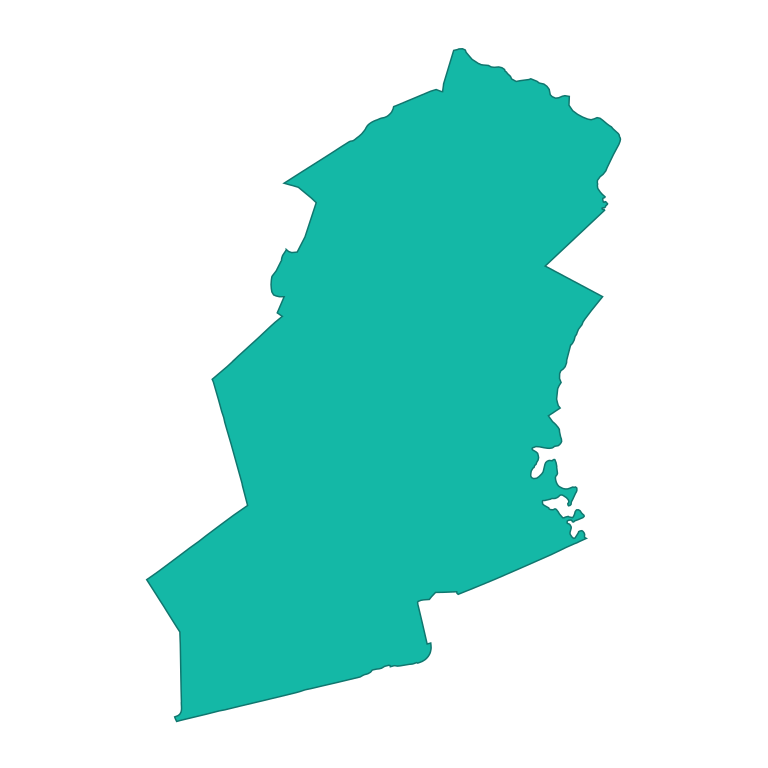 Vladeni, Dâmbovita, Romania, rotated 179°
{"feature_id": "2599482B82955603799790", "entity_name": "Vladeni", "entity_type": "district", "adm_level": 2, "iso_a3": "ROU", "parent_name": "Romania", "parent_adm1": "Dâmbovita", "projection": "orthographic", "projection_center": [25.776, 44.875], "detail": "fine", "context": "isolated", "style": "filled", "palette": "teal", "viewbox_px": 768, "rotation_deg": 179, "n_neighbors": 0, "source": "geoboundaries", "source_scale": "gbopen_adm2", "svg_char_len": 6123}
<svg xmlns="http://www.w3.org/2000/svg" viewBox="0 0 768 768"><g transform="rotate(179 384 384)"><path d="M308.5,716.3L319.2,683.0L319.3,681.9L320.3,675.3L321.8,675.5L326.7,677.5L332.3,675.9L351.8,668.1L353.1,667.6L367.9,661.7L368.7,661.5L369.4,661.2L369.6,660.9L370.0,659.1L371.6,655.8L372.8,654.4L375.0,652.4L376.5,651.4L379.0,650.4L381.8,649.9L383.2,649.5L386.0,648.3L387.3,647.9L389.6,647.0L392.0,645.8L394.2,644.3L395.2,643.5L396.3,642.3L397.6,640.3L398.3,638.9L399.3,637.6L401.9,634.5L404.8,632.0L406.5,630.8L409.0,628.8L410.1,628.1L411.3,627.6L412.9,627.4L413.7,627.2L414.8,626.7L423.2,621.6L434.6,614.5L462.5,597.5L480.4,586.5L473.8,584.5L471.5,583.9L470.7,583.6L466.5,582.3L465.8,581.9L465.2,581.3L453.3,571.1L448.6,566.5L460.4,532.5L468.5,517.4L474.0,517.0L477.0,518.1L479.4,520.2L479.4,519.7L483.1,514.3L483.9,512.1L484.3,510.4L484.2,509.5L485.1,508.0L489.8,499.0L493.8,494.0L494.3,493.0L494.8,490.0L495.2,485.4L495.0,481.4L494.5,478.0L492.8,475.0L490.3,473.9L487.1,473.1L482.3,473.0L489.5,457.0L484.5,453.4L491.7,447.7L491.6,447.8L496.3,443.7L509.2,432.0L528.8,414.8L533.8,410.3L533.6,410.3L540.7,404.0L555.7,391.7L554.6,389.1L549.7,371.0L546.7,359.2L544.8,353.2L543.9,348.6L542.3,342.6L537.8,326.2L527.7,287.2L527.3,284.8L522.5,264.9L536.4,255.6L549.6,246.2L564.4,235.5L571.8,229.9L581.2,223.4L588.2,218.3L612.0,201.1L618.1,196.9L624.7,192.5L615.7,177.9L611.8,171.5L607.7,164.9L605.9,161.8L595.7,144.9L592.4,139.6L592.4,137.7L592.2,127.2L592.2,123.4L592.2,91.6L592.2,91.3L592.2,90.3L592.2,82.1L592.1,69.4L592.2,69.2L592.2,67.6L592.1,64.8L592.1,62.6L592.3,61.1L592.6,59.8L593.4,58.2L594.2,57.2L595.1,56.5L596.0,55.9L599.1,54.8L598.5,53.0L597.2,50.2L592.9,51.3L587.1,52.6L566.8,57.1L554.6,60.0L548.8,61.0L533.8,64.4L510.5,69.5L477.5,76.9L473.3,78.0L468.6,79.5L466.8,79.9L462.4,80.7L451.5,83.1L442.1,85.1L440.2,85.5L436.0,86.4L413.0,91.5L410.1,93.1L408.4,93.8L406.6,94.2L405.2,94.6L404.4,95.0L402.5,96.1L401.5,97.2L401.2,97.7L400.8,98.1L400.4,98.3L396.3,99.1L393.9,99.3L391.4,99.9L388.3,101.7L384.1,102.7L382.8,102.4L382.6,101.2L378.8,102.2L377.5,102.1L375.5,101.7L372.9,101.9L363.5,103.3L360.6,103.5L359.0,103.9L356.3,104.9L355.5,104.4L355.0,104.4L352.6,105.2L350.5,106.0L349.0,106.9L347.4,107.9L345.8,109.4L344.5,110.9L343.4,112.6L342.5,114.4L342.1,115.9L341.7,117.7L341.5,119.3L341.6,122.1L341.8,124.2L345.4,123.3L349.6,143.1L353.5,160.9L354.0,162.9L354.2,165.2L353.7,166.0L350.8,167.1L348.1,167.5L342.4,167.8L340.3,170.4L336.1,174.7L335.8,174.7L328.6,174.7L314.9,175.0L314.7,173.5L313.5,172.4L294.8,179.6L276.5,186.8L251.6,197.1L219.1,210.8L204.8,217.4L196.3,221.0L194.0,221.8L191.1,223.2L184.4,226.1L185.5,226.7L186.1,227.1L186.2,228.1L186.0,230.1L186.5,231.6L187.6,233.1L188.7,233.9L190.6,233.6L191.9,233.0L192.5,231.5L195.6,226.8L196.8,226.3L198.4,227.3L200.1,229.8L200.6,230.9L200.6,232.4L199.4,236.4L199.3,237.7L200.2,239.6L201.0,240.6L202.4,241.2L203.1,241.5L203.4,242.7L203.0,244.0L201.5,244.6L199.3,244.7L198.4,244.1L198.1,243.1L197.3,242.7L196.6,242.9L195.7,243.8L192.5,244.9L187.5,246.9L186.2,248.1L186.3,249.2L188.5,251.3L190.2,253.9L191.7,254.8L193.7,254.8L195.0,253.2L195.8,250.5L196.8,248.3L197.8,247.1L201.2,247.8L202.1,248.4L205.2,247.7L206.3,247.1L207.6,247.1L210.8,250.9L212.1,253.2L213.9,255.6L215.2,256.2L217.2,255.3L219.7,255.5L221.0,256.1L221.4,257.2L226.0,259.9L227.4,261.1L227.7,263.5L227.4,264.6L226.9,264.7L225.1,264.7L224.2,265.0L223.1,265.2L219.7,265.9L218.2,266.6L216.1,266.5L214.9,266.6L213.2,267.2L211.7,268.1L210.0,269.7L208.8,270.0L207.3,269.7L203.6,267.2L201.8,265.1L201.2,263.2L201.5,262.2L202.3,261.3L202.2,259.9L201.6,259.0L200.2,259.3L199.1,260.3L198.7,262.9L197.3,265.4L194.4,271.4L193.5,272.8L193.0,274.3L193.0,276.0L193.1,276.7L194.3,277.7L195.6,277.4L197.1,277.7L200.0,276.6L202.2,275.9L204.6,275.9L206.9,276.4L209.4,277.7L211.0,278.7L212.2,280.2L213.0,281.7L213.7,283.6L214.1,285.5L214.3,287.5L213.7,289.0L212.6,290.3L212.1,291.7L212.8,297.6L212.7,298.6L213.3,302.2L214.5,305.4L215.3,305.6L216.8,304.8L217.2,304.3L217.7,304.4L220.2,304.7L222.1,304.0L223.7,302.6L224.5,300.8L226.4,293.4L227.8,291.4L230.6,288.7L233.0,287.1L236.1,286.8L237.9,287.7L238.9,289.3L238.8,291.6L238.3,294.4L236.6,297.2L235.4,298.0L234.8,299.9L233.4,301.0L232.7,303.0L231.3,305.2L230.7,307.7L231.1,310.0L231.6,312.0L233.2,313.5L236.5,315.5L237.1,316.5L236.7,317.5L233.2,318.8L229.7,318.5L225.2,317.5L221.5,316.9L219.6,316.8L217.1,317.1L215.7,317.8L214.6,318.7L210.9,319.3L209.4,320.4L208.1,322.0L207.4,323.4L207.6,325.8L208.4,328.3L209.3,333.0L209.5,335.6L210.6,337.5L212.9,340.4L214.7,342.2L216.1,343.4L220.2,349.3L208.3,356.9L210.1,359.3L210.9,362.2L211.7,365.9L210.4,376.3L208.9,379.4L206.9,382.4L207.2,383.2L208.4,386.4L208.2,391.3L207.0,394.1L204.4,396.0L202.6,398.1L201.1,402.0L200.9,404.7L196.7,419.8L196.0,420.0L194.6,421.8L193.1,424.6L192.1,428.2L190.6,430.3L190.0,432.1L188.6,435.3L186.9,437.5L185.1,439.7L183.9,442.6L182.2,445.1L175.3,453.9L163.9,467.5L220.8,499.1L160.4,553.9L160.8,554.5L162.6,554.8L162.9,555.4L162.9,556.0L161.8,556.4L160.5,556.4L159.5,557.2L159.2,558.3L157.5,559.7L157.4,560.6L158.5,561.4L159.0,562.3L159.8,562.5L160.6,561.9L161.4,562.0L161.8,563.1L162.1,565.0L162.0,565.8L160.0,566.6L159.7,567.3L162.4,569.8L164.4,572.1L166.9,575.9L167.2,578.9L166.9,580.2L167.2,581.5L167.1,583.5L166.7,584.4L165.4,586.0L164.7,587.1L163.4,588.2L161.3,589.8L158.5,593.2L157.1,596.5L150.6,609.4L145.0,619.4L143.8,622.4L143.3,624.6L143.5,625.8L144.2,627.2L144.5,628.9L145.3,630.2L150.6,635.2L152.1,637.1L154.3,638.5L156.5,640.2L160.6,643.8L163.3,645.9L166.3,646.6L169.3,645.4L172.3,644.6L175.7,645.3L180.7,647.4L185.7,650.2L190.6,654.0L194.2,659.5L193.7,668.3L198.1,669.1L200.7,668.6L204.4,667.1L207.5,666.8L210.9,668.4L212.7,670.3L213.7,675.7L215.9,678.8L218.9,681.1L223.5,682.2L225.8,684.0L231.9,686.6L233.7,685.9L242.5,684.9L246.6,684.2L251.1,686.8L252.2,689.4L255.2,692.3L256.1,693.7L257.4,694.6L258.0,696.4L260.6,698.2L263.8,699.0L268.2,698.7L271.2,699.1L274.1,700.7L279.1,701.2L281.4,701.6L283.1,702.5L283.7,702.6L290.2,707.0L293.7,711.2L296.1,714.2L296.9,716.5L299.6,717.8L303.3,717.7L304.7,717.1L308.5,716.3Z" fill="#14b8a6" stroke="#0f766e" stroke-width="1.5"/></g></svg>